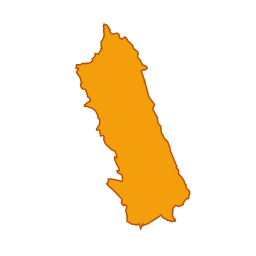 Bayamón, Puerto Rico, rotated 155°
{"feature_id": "32010507B22305202508705", "entity_name": "Bayamón", "entity_type": "district", "adm_level": 2, "iso_a3": "PRI", "parent_name": "Puerto Rico", "parent_adm1": "", "projection": "equal_earth", "projection_center": [-66.167, 18.345], "detail": "fine", "context": "isolated", "style": "filled", "palette": "amber", "viewbox_px": 256, "rotation_deg": 155, "n_neighbors": 0, "source": "geoboundaries", "source_scale": "gbopen_adm2", "svg_char_len": 2674}
<svg xmlns="http://www.w3.org/2000/svg" viewBox="0 0 256 256"><g transform="rotate(155 128 128)"><path d="M93.0,163.0L92.0,174.0L89.1,174.2L88.0,173.4L85.5,173.9L85.1,174.8L85.6,176.5L87.2,178.1L88.0,178.7L88.4,185.4L89.5,187.5L89.0,189.4L87.4,190.7L87.0,192.8L88.6,196.3L89.5,197.9L88.9,200.4L89.9,204.2L91.4,207.0L91.5,210.4L91.8,210.7L92.3,211.9L95.8,211.0L97.5,213.2L96.6,217.0L98.2,218.8L101.5,219.1L103.4,221.0L103.6,223.2L102.9,224.3L103.2,228.2L103.8,230.6L105.1,230.9L105.7,232.3L107.0,231.1L107.5,230.0L107.6,228.4L108.9,226.9L110.1,222.8L111.4,220.8L113.8,218.6L115.5,217.8L116.6,216.2L117.1,214.3L118.0,213.3L117.9,211.2L119.1,211.1L119.5,210.0L121.9,208.7L123.4,207.5L126.3,209.4L127.3,207.4L129.7,205.8L131.3,205.7L131.9,203.6L136.2,203.1L138.3,204.4L139.1,204.1L141.5,205.7L145.0,205.6L147.9,207.1L149.9,203.9L148.2,203.5L147.7,202.6L151.1,200.4L150.9,197.6L150.1,194.5L150.6,191.4L150.6,188.8L152.3,188.3L153.1,185.2L153.2,184.3L152.9,182.9L151.2,181.7L150.3,180.8L150.7,175.7L151.4,173.0L150.2,171.9L150.5,168.6L153.8,168.2L158.0,167.0L158.3,166.0L156.4,165.2L152.1,161.0L151.0,159.0L150.2,157.6L150.0,152.8L150.9,150.1L150.1,147.1L152.0,144.0L152.5,143.0L154.6,141.8L157.0,140.3L157.2,139.3L155.0,138.5L154.9,137.3L156.2,132.4L153.5,131.7L153.4,130.1L154.8,128.0L155.2,124.4L154.8,121.8L151.9,115.1L149.7,112.6L149.7,111.7L149.8,108.3L150.7,105.9L152.1,107.5L152.8,107.0L153.3,104.2L153.5,100.5L153.2,94.8L153.9,93.1L156.0,93.9L156.3,92.1L153.7,88.6L153.7,86.1L154.2,84.8L155.7,82.2L156.2,82.2L159.4,84.9L162.7,87.3L165.3,89.2L167.5,90.0L168.2,87.8L170.9,86.4L169.9,83.1L168.3,79.7L166.1,73.9L165.3,70.9L164.7,69.3L164.2,67.8L163.6,66.2L165.8,62.4L164.7,59.3L163.5,59.9L162.2,57.9L163.1,56.1L165.0,54.1L165.7,49.6L168.3,43.8L164.8,38.8L162.8,37.8L160.9,36.3L158.4,36.5L159.0,31.4L155.3,34.6L155.5,33.3L150.9,32.9L150.0,32.8L147.8,33.4L145.0,33.4L137.4,34.6L135.7,35.0L134.7,35.2L134.8,33.8L133.3,30.4L131.7,29.4L131.6,27.9L128.8,26.0L128.4,24.8L125.9,24.3L124.8,23.7L124.8,24.1L123.8,25.0L124.9,27.2L124.6,30.1L123.3,32.5L121.9,34.4L121.9,35.2L122.0,35.8L117.5,37.9L115.1,35.4L110.5,35.2L108.5,37.4L108.5,37.6L105.5,38.8L105.2,39.1L102.8,38.6L102.0,40.1L100.6,42.0L99.9,42.3L98.9,44.5L100.2,47.9L100.4,50.8L99.4,51.6L100.1,54.8L99.5,56.3L100.3,61.2L101.5,65.0L99.9,68.6L101.2,71.5L99.9,72.4L100.0,74.2L99.8,78.3L99.7,79.0L99.3,89.5L98.0,94.0L98.3,94.5L98.2,95.2L97.8,98.9L99.0,102.0L99.4,103.3L99.5,107.1L99.7,109.5L97.8,115.4L97.6,116.1L97.6,116.3L98.3,117.4L98.7,120.1L96.9,125.3L97.7,134.1L96.5,135.9L95.6,136.6L94.0,138.0L95.6,145.8L95.9,147.3L95.1,152.1L93.3,162.4L93.7,163.1L93.0,163.0Z" fill="#f59e0b" stroke="#b45309" stroke-width="1.5"/></g></svg>